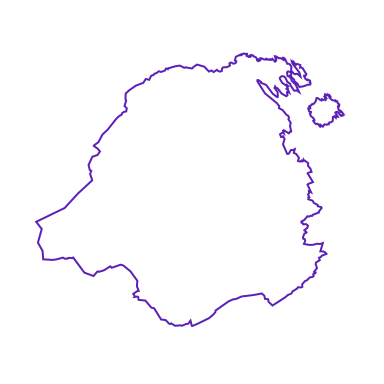 Bærum nor, Oslo, Norway, rotated 265°
{"feature_id": "86288312B1963892276689", "entity_name": "Bærum nor", "entity_type": "district", "adm_level": 2, "iso_a3": "NOR", "parent_name": "Norway", "parent_adm1": "Oslo", "projection": "orthographic", "projection_center": [10.489, 59.945], "detail": "fine", "context": "isolated", "style": "outline", "palette": "violet", "viewbox_px": 384, "rotation_deg": 265, "n_neighbors": 0, "source": "geoboundaries", "source_scale": "gbopen_adm2", "svg_char_len": 6057}
<svg xmlns="http://www.w3.org/2000/svg" viewBox="0 0 384 384"><g transform="rotate(265 192 192)"><path d="M175.9,34.2L168.2,39.1L155.0,34.1L146.3,38.0L137.9,37.9L136.5,47.1L136.7,51.4L137.9,57.6L136.6,59.5L136.5,62.4L137.0,62.7L137.1,64.3L136.5,66.9L137.1,67.9L121.0,77.8L116.9,86.6L120.8,90.6L121.1,91.4L120.6,92.3L121.6,97.3L125.1,104.1L123.5,105.4L125.8,114.5L124.7,117.3L118.3,123.8L108.3,129.8L102.8,128.9L98.1,130.3L98.0,128.8L95.6,124.6L93.3,125.9L92.5,125.4L92.6,128.4L92.2,129.2L89.2,129.4L87.9,136.1L80.4,141.4L79.4,144.2L67.7,150.1L66.7,154.6L62.9,157.6L62.4,158.9L62.9,159.8L60.2,163.5L60.2,168.4L59.7,170.6L61.0,174.6L61.1,176.8L64.0,179.3L58.7,180.1L58.5,180.6L60.4,186.5L64.8,197.9L68.0,202.5L70.3,204.8L71.9,205.2L80.0,219.2L81.5,223.8L81.6,226.4L83.6,232.4L84.0,244.3L84.8,252.7L82.4,255.0L79.2,255.4L78.5,258.5L75.9,258.7L71.9,262.3L79.0,275.8L81.0,278.4L82.1,282.0L84.4,283.8L86.7,288.4L87.9,289.2L87.4,292.4L87.8,293.6L90.6,293.8L93.4,296.8L94.1,298.9L96.6,301.8L96.9,304.7L97.8,305.9L99.5,305.6L100.3,307.7L100.9,308.0L101.0,306.9L101.7,306.5L105.3,309.9L109.2,308.9L111.0,309.4L112.9,313.3L115.4,312.8L116.0,314.6L117.2,315.7L118.6,320.5L120.0,319.7L121.4,317.4L121.7,314.7L129.7,317.9L129.0,315.0L129.6,312.0L128.9,308.6L129.0,304.5L130.5,299.0L133.5,300.5L135.2,300.2L135.7,298.8L137.3,298.6L140.9,300.4L141.3,302.1L141.9,302.6L144.1,300.6L146.3,303.8L148.4,304.6L150.0,303.0L150.1,300.0L151.7,299.3L151.8,298.5L153.1,298.4L154.4,301.5L157.8,304.9L157.3,306.5L158.0,308.2L157.7,309.5L158.8,310.5L160.5,316.6L161.3,316.5L164.8,319.8L165.7,319.4L166.9,316.0L168.2,316.0L170.5,312.4L172.8,311.4L174.7,307.2L176.6,307.6L176.7,308.4L179.4,307.4L180.7,308.5L182.5,308.5L181.3,310.6L189.3,307.7L190.0,308.8L191.3,313.4L200.5,308.8L201.1,309.6L201.6,312.8L204.9,312.0L208.1,309.8L210.5,310.3L213.4,307.2L213.3,306.4L214.4,305.9L213.4,305.6L212.9,304.6L213.8,304.0L212.8,302.5L213.7,300.3L216.8,301.5L220.8,299.1L222.1,296.8L225.7,298.1L224.9,296.1L225.2,294.2L221.7,291.7L221.7,290.1L231.7,286.8L236.8,288.9L239.6,287.5L239.0,286.6L239.0,285.5L241.9,284.7L243.5,287.7L242.6,288.5L245.1,288.0L245.6,288.8L242.0,293.6L243.6,295.0L243.4,295.9L243.8,296.1L249.3,295.4L252.4,296.4L255.9,294.4L257.7,295.1L259.5,294.5L260.6,292.9L265.7,289.4L268.0,285.9L269.9,286.4L273.0,284.4L283.9,273.3L296.5,266.8L297.7,266.9L297.8,267.7L295.7,270.3L294.8,270.2L292.2,275.2L282.7,281.1L279.1,285.1L279.4,285.8L284.0,286.0L288.4,283.3L289.9,284.0L288.0,285.1L288.0,286.1L287.3,286.7L282.3,289.8L279.2,294.3L280.0,295.5L283.2,295.3L283.5,296.4L282.6,297.4L284.8,296.8L286.3,295.3L286.6,296.5L288.2,295.9L289.0,297.1L290.6,295.7L289.8,295.2L292.8,291.4L297.0,289.4L298.2,289.5L299.6,291.5L299.1,293.7L297.7,295.0L293.4,296.6L291.1,299.4L289.8,299.4L284.4,302.3L283.9,303.1L284.2,304.9L282.2,307.4L289.7,304.7L294.3,300.9L296.2,300.7L298.3,299.2L299.3,297.3L302.9,297.1L303.8,298.2L302.4,301.3L300.5,301.1L299.7,300.0L299.3,300.8L297.3,301.4L295.1,303.5L293.4,303.7L290.7,306.5L287.3,308.1L287.5,311.9L288.7,316.3L288.7,319.1L289.9,319.6L291.6,318.3L290.9,319.4L292.6,319.3L293.9,317.1L293.3,316.7L294.6,315.0L297.9,313.6L298.2,313.9L297.5,314.8L299.3,316.2L305.9,312.9L306.6,311.6L306.4,310.5L309.0,311.0L310.5,307.8L309.7,306.7L313.0,304.3L311.7,304.0L313.0,302.9L311.3,303.2L301.7,309.4L297.5,310.1L300.4,307.5L300.7,306.4L300.3,305.3L301.1,303.7L304.6,301.2L307.8,302.0L309.2,301.4L310.8,300.4L311.5,298.9L311.4,298.1L316.4,296.3L317.7,295.0L317.9,293.4L316.9,295.0L315.6,294.8L317.4,292.2L317.8,291.3L317.6,290.4L319.6,287.7L318.3,287.6L319.2,286.6L315.5,287.3L314.6,286.1L317.7,283.6L316.7,282.8L317.5,281.5L316.8,281.0L317.7,278.9L317.3,279.1L317.4,278.3L318.2,277.3L317.5,276.8L317.8,275.2L319.2,272.8L319.3,271.7L317.9,271.7L318.3,270.2L317.1,270.9L316.5,270.0L317.2,268.4L319.8,267.9L320.8,267.2L321.7,265.1L322.4,265.0L323.4,263.1L323.1,262.0L322.6,262.8L321.6,262.0L321.5,260.5L323.0,258.1L324.7,258.8L324.7,259.8L325.0,256.5L325.5,255.6L324.0,253.0L324.0,252.2L324.7,252.4L322.9,247.5L319.2,246.2L318.4,247.5L316.8,246.8L316.3,245.6L316.4,243.9L317.3,242.9L317.6,241.4L316.5,240.4L314.9,240.9L314.1,240.1L313.3,236.9L313.5,233.9L312.3,232.7L310.0,232.3L309.5,230.4L310.1,228.8L311.5,227.4L309.6,224.0L311.4,221.9L310.5,219.4L315.7,215.3L318.5,208.2L316.4,204.3L315.2,203.2L315.2,202.0L316.8,196.3L316.4,195.1L319.0,190.9L318.7,186.4L317.4,179.5L316.4,178.7L317.2,177.8L317.2,176.7L315.5,175.8L314.5,172.8L314.4,171.2L315.2,169.5L313.6,167.1L313.1,164.9L311.9,163.9L311.4,161.5L307.5,159.2L308.6,155.8L305.0,153.0L302.9,145.5L299.0,138.6L295.9,134.5L290.1,133.8L288.8,134.4L283.6,132.3L281.1,134.3L278.0,133.5L277.7,131.0L276.5,129.1L275.0,128.5L274.1,126.2L271.7,123.1L261.6,113.6L257.0,107.8L249.8,103.1L247.0,98.5L246.5,98.2L243.2,102.0L240.4,103.8L237.1,101.1L235.8,95.8L227.9,91.3L222.8,92.1L221.8,93.5L219.0,92.1L212.3,93.6L200.4,78.2L187.2,63.8L175.9,34.2ZM265.1,315.1L262.1,315.7L261.4,317.5L260.3,317.2L259.9,316.3L257.7,316.8L254.5,319.7L252.9,320.3L252.3,319.6L253.1,318.6L251.2,319.5L249.0,321.1L249.0,323.1L245.1,325.9L248.0,325.0L248.1,325.6L245.7,328.1L247.9,329.8L247.2,332.2L247.8,333.2L247.5,334.1L249.2,334.7L249.4,336.7L250.5,338.4L254.5,338.9L254.6,340.1L254.0,341.0L254.3,341.0L253.4,341.7L255.3,342.2L254.3,342.6L254.2,343.9L258.4,341.7L259.1,342.3L259.2,343.7L254.8,347.2L255.0,348.7L256.6,348.4L255.8,349.0L255.9,349.9L258.9,348.1L258.7,347.2L259.3,347.7L260.3,346.7L260.4,346.1L259.8,346.5L260.3,345.5L264.1,344.7L265.4,345.4L264.9,346.0L266.4,346.4L268.1,344.8L269.7,344.6L269.7,343.7L271.5,342.5L269.1,343.1L270.7,342.1L271.2,339.8L273.8,337.2L274.4,337.3L274.3,338.2L274.7,338.4L276.1,337.6L275.7,337.4L276.4,336.7L275.0,337.0L276.8,335.7L276.7,335.0L277.8,333.2L276.7,332.8L272.6,334.5L275.3,332.9L275.3,332.3L272.8,333.5L271.9,333.0L272.7,332.0L272.3,330.6L273.2,329.5L272.5,329.2L273.5,328.7L272.4,328.9L272.3,328.0L274.6,325.4L274.7,324.2L271.6,323.2L269.3,321.0L268.9,320.1L269.2,319.4L268.0,318.3L267.7,317.1L265.6,317.1L266.2,316.2L265.0,316.3L265.1,315.1Z" fill="none" stroke="#5b21b6" stroke-width="2"/></g></svg>